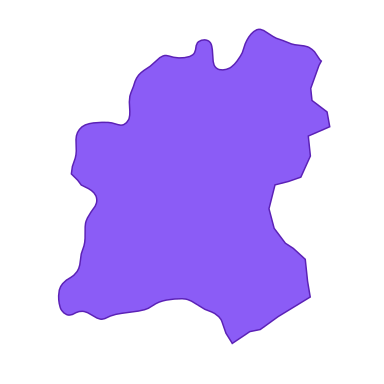 the district of Sabana Iglesia, La Vega, Dominican Republic, rotated 84°
{"feature_id": "3306468B1703224271200", "entity_name": "Sabana Iglesia", "entity_type": "district", "adm_level": 2, "iso_a3": "DOM", "parent_name": "Dominican Republic", "parent_adm1": "La Vega", "projection": "albers", "projection_center": [-70.716, 19.324], "detail": "fine", "context": "isolated", "style": "filled", "palette": "violet", "viewbox_px": 384, "rotation_deg": 84, "n_neighbors": 0, "source": "geoboundaries", "source_scale": "gbopen_adm2", "svg_char_len": 2342}
<svg xmlns="http://www.w3.org/2000/svg" viewBox="0 0 384 384"><g transform="rotate(84 192 192)"><path d="M346.8,167.8L336.9,149.1L335.9,138.5L324.9,119.3L308.8,85.4L292.8,86.4L270.8,86.4L258.7,97.1L252.7,104.5L236.7,114.1L216.7,117.2L193.6,108.7L191.6,94.9L188.6,82.2L168.6,70.5L148.5,70.5L141.5,48.2L126.5,49.3L113.5,63.1L101.4,63.1L79.4,52.5L75.3,49.7L74.0,50.9L65.3,55.5L62.8,57.7L60.6,60.3L59.7,61.8L58.4,65.3L56.3,74.3L55.1,77.7L51.0,85.5L47.9,92.1L45.7,95.3L38.9,103.8L37.4,107.0L37.2,108.8L37.4,110.6L38.9,113.8L41.1,116.7L43.8,119.3L46.9,121.6L50.2,123.6L58.7,127.4L62.0,129.7L66.6,133.6L69.4,136.5L71.7,139.7L72.6,141.4L73.6,145.0L73.8,148.6L73.1,152.1L72.3,153.6L71.1,155.0L69.6,156.1L67.9,156.8L64.3,157.3L52.7,156.9L49.1,157.1L47.3,157.4L45.7,158.0L44.1,159.1L43.1,160.4L42.4,162.0L42.0,163.6L42.1,166.8L43.2,169.8L44.2,171.0L46.8,172.5L50.9,173.6L53.5,174.8L54.7,175.7L55.7,177.0L57.0,180.1L57.6,185.4L57.3,190.9L56.1,196.2L54.4,200.6L53.5,203.5L53.4,205.0L53.7,206.7L55.0,209.9L62.6,220.5L66.0,227.0L67.9,230.1L70.1,232.8L72.8,235.1L75.9,237.0L80.9,239.2L87.0,242.4L90.3,243.8L95.9,244.9L105.3,245.4L109.0,245.9L112.4,246.9L113.8,247.8L116.2,249.9L117.8,252.7L118.1,254.2L118.1,255.8L117.3,258.5L114.9,264.5L114.0,268.3L113.3,274.5L113.0,282.9L113.3,287.0L114.1,291.1L115.7,294.6L118.0,297.4L120.8,299.6L124.1,301.1L127.8,301.9L139.1,302.8L142.8,303.5L146.2,304.6L154.1,308.3L161.4,310.1L168.4,304.4L173.5,301.4L177.8,294.6L180.0,291.9L182.6,289.6L185.7,288.0L187.5,287.6L189.4,287.5L191.2,287.7L193.0,288.2L196.0,289.8L201.2,294.4L206.9,298.7L210.0,300.4L211.8,301.1L215.5,301.9L226.9,303.2L230.6,303.9L234.1,305.0L242.0,308.6L252.7,311.2L256.1,312.6L259.0,314.5L262.5,318.3L264.2,321.3L266.5,326.1L269.6,330.2L272.3,332.5L275.6,334.2L281.3,335.5L285.1,335.8L288.9,335.7L292.6,335.2L294.4,334.8L296.1,334.0L298.8,332.1L300.8,329.5L301.4,328.1L301.6,326.5L301.3,323.7L299.8,319.8L299.1,316.8L299.2,313.4L299.6,311.7L301.1,308.4L307.4,299.7L308.8,296.6L309.1,295.0L308.8,292.0L306.8,286.1L305.7,280.4L305.3,274.3L304.8,257.6L304.1,251.5L303.1,247.6L299.3,239.7L298.1,236.3L297.3,232.6L296.8,228.7L296.6,220.8L297.1,213.0L297.9,209.2L298.6,207.4L300.5,203.9L310.0,191.5L313.3,185.1L315.2,182.1L318.8,178.4L321.8,176.5L323.5,175.9L336.0,173.0L345.4,168.4L346.8,167.8Z" fill="#8b5cf6" stroke="#5b21b6" stroke-width="1.5"/></g></svg>